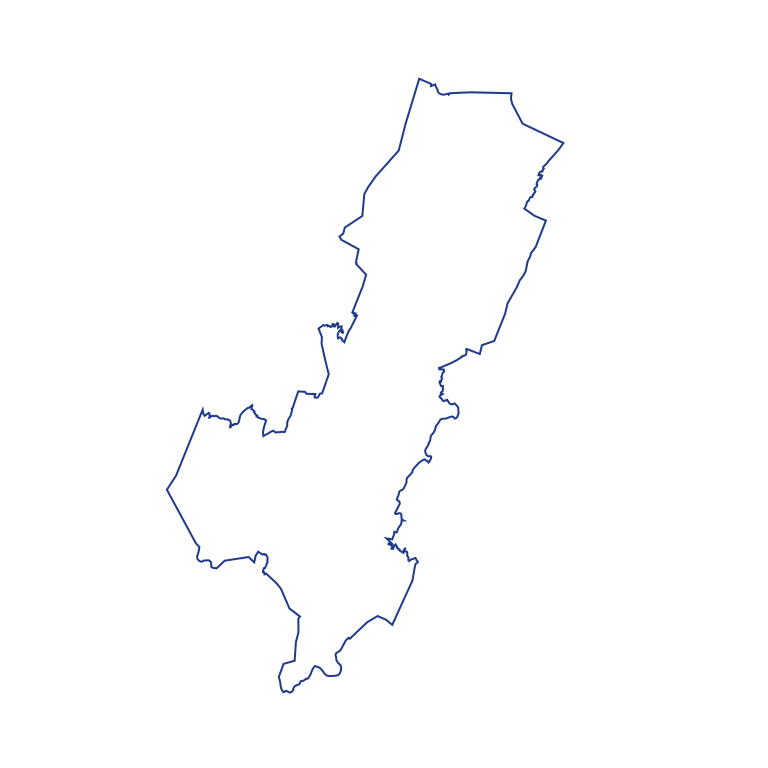 Tamasopo, San Luis Potosí, Mexico, rotated 33°
{"feature_id": "50627088B81601149973315", "entity_name": "Tamasopo", "entity_type": "district", "adm_level": 2, "iso_a3": "MEX", "parent_name": "Mexico", "parent_adm1": "San Luis Potosí", "projection": "equal_earth", "projection_center": [-99.326, 21.931], "detail": "fine", "context": "isolated", "style": "outline", "palette": "blue", "viewbox_px": 768, "rotation_deg": 33, "n_neighbors": 0, "source": "geoboundaries", "source_scale": "gbopen_adm2", "svg_char_len": 6158}
<svg xmlns="http://www.w3.org/2000/svg" viewBox="0 0 768 768"><g transform="rotate(33 384 384)"><path d="M502.8,654.6L504.2,652.8L504.5,651.3L504.0,647.9L502.9,645.8L501.4,644.0L500.2,643.4L497.3,642.9L494.2,641.3L492.5,638.9L491.4,638.3L490.8,637.3L490.5,635.7L492.3,631.8L492.4,629.1L491.6,619.9L492.6,616.0L494.1,616.2L499.6,593.1L505.0,582.1L514.1,580.6L522.1,581.5L514.9,533.3L509.0,519.6L508.5,517.4L509.4,515.2L509.1,514.5L507.4,514.2L506.7,513.5L505.1,512.8L503.1,515.5L502.3,516.1L501.7,518.6L500.7,518.8L498.6,515.9L496.8,515.4L495.7,513.1L494.6,512.2L492.2,513.1L491.7,512.4L491.3,509.6L491.0,512.9L491.9,513.6L492.3,515.0L488.3,515.2L487.5,514.6L487.5,515.0L484.0,514.2L484.2,513.7L481.1,512.2L480.8,514.7L481.3,517.5L479.9,518.0L479.5,515.2L475.0,515.9L474.8,515.2L477.7,513.6L470.2,512.1L475.5,509.9L474.3,504.5L473.1,502.4L475.5,501.6L474.5,497.4L474.6,492.1L473.2,488.9L474.9,487.7L472.5,487.9L469.7,484.1L468.2,483.5L467.0,484.1L465.1,486.5L464.0,486.7L463.5,486.0L462.5,476.2L462.2,475.4L460.9,474.2L457.6,474.0L457.4,473.3L456.9,470.2L455.5,465.7L455.8,464.3L456.8,463.4L457.4,461.0L457.1,457.9L456.4,454.0L455.4,452.7L454.5,450.6L455.8,442.5L455.0,440.4L455.0,438.1L456.3,430.7L457.9,426.8L459.1,425.2L459.6,425.1L461.4,425.4L462.4,424.9L464.1,425.6L464.4,424.3L464.0,420.9L463.1,419.2L462.0,419.3L460.3,420.6L458.3,420.5L457.4,419.6L456.1,419.1L454.8,417.5L454.4,415.3L454.4,412.0L454.0,409.2L453.7,409.2L453.5,406.3L451.8,402.6L451.6,401.0L452.1,398.1L451.8,394.9L450.4,390.8L450.8,387.7L450.7,383.2L451.9,381.4L454.1,379.8L455.4,378.4L458.2,374.6L459.8,373.8L462.1,374.4L462.9,373.7L463.5,371.7L463.0,370.4L462.8,368.4L459.2,363.4L456.8,362.5L453.7,361.9L451.9,364.3L449.5,364.6L446.9,363.4L446.1,363.6L445.6,362.9L443.0,366.1L440.2,365.0L437.7,364.6L437.3,364.1L437.3,363.3L438.7,360.4L437.8,360.5L437.1,361.5L436.6,361.0L436.5,360.0L437.0,357.6L434.5,353.6L433.5,354.5L432.8,354.6L430.5,352.9L429.8,352.7L429.4,351.2L430.6,350.8L429.9,349.5L429.7,347.6L428.2,346.9L428.1,345.4L427.1,342.9L427.7,340.9L426.1,339.3L422.4,341.6L421.4,340.4L422.7,339.1L429.0,329.7L432.3,323.8L434.3,319.5L434.2,318.6L434.7,318.4L434.8,317.7L436.8,315.3L435.9,312.4L435.1,311.2L434.2,310.6L434.2,309.6L448.0,306.7L445.0,298.1L453.0,287.9L447.3,259.1L443.7,249.1L442.7,230.8L441.4,223.2L441.8,216.8L441.4,212.2L437.7,203.0L437.0,196.6L436.0,194.5L436.6,186.6L430.8,158.8L418.5,161.0L406.2,160.5L406.0,157.5L404.9,153.5L404.8,152.5L405.6,151.6L404.9,148.1L405.2,147.5L406.4,146.8L406.6,146.1L406.2,145.1L405.8,144.8L406.2,143.5L405.8,142.8L406.2,141.0L406.0,139.9L404.1,139.2L403.7,137.6L404.6,135.0L404.0,133.3L403.0,133.2L402.1,129.1L403.0,127.4L402.6,127.0L402.6,126.5L403.0,126.1L403.7,126.2L403.8,125.2L403.3,124.5L403.3,123.1L402.8,122.9L401.9,123.4L401.1,123.4L401.2,124.4L399.8,124.8L399.2,121.9L399.4,121.2L400.8,119.9L400.5,119.2L401.0,118.6L400.6,118.3L400.4,117.3L400.7,116.3L399.8,116.0L399.3,115.1L400.6,109.4L400.5,107.9L402.8,92.8L403.2,84.2L358.5,90.2L339.1,79.3L335.1,75.7L332.6,70.7L297.3,92.5L281.0,104.2L280.7,106.1L279.7,105.5L276.6,108.8L274.3,109.9L272.1,110.1L270.3,109.7L269.5,109.2L268.7,107.9L266.1,106.8L263.8,104.9L261.2,108.5L260.2,106.7L247.3,108.8L260.2,153.4L269.2,180.2L263.9,214.7L263.5,227.6L264.0,235.3L274.3,254.9L265.9,274.1L267.9,280.1L266.3,284.6L269.9,286.3L289.4,284.8L294.2,297.3L295.1,297.5L295.2,298.5L309.5,302.1L313.0,313.9L318.5,341.3L319.2,341.3L319.8,340.9L319.9,341.4L321.4,340.6L321.4,341.8L321.8,342.0L322.0,343.0L322.5,342.8L322.6,341.1L324.0,341.1L325.7,356.0L325.4,357.5L326.5,364.0L328.0,370.6L324.6,370.0L324.6,369.3L322.3,368.6L321.6,368.9L320.7,370.7L319.7,369.9L318.0,367.3L317.6,364.1L318.0,363.2L318.6,362.9L321.1,363.8L321.6,363.6L321.5,362.9L319.7,361.4L318.1,363.1L317.9,360.4L317.2,358.8L315.6,359.9L314.9,361.8L312.5,358.1L311.6,358.4L311.4,359.5L311.6,361.8L311.4,362.6L310.6,363.1L309.9,362.9L309.5,361.4L308.8,361.2L308.2,361.9L308.9,363.4L308.6,365.0L308.0,365.3L306.8,365.0L305.4,366.2L304.4,365.2L302.8,367.1L301.5,367.8L301.0,367.7L298.9,373.2L306.3,378.4L309.8,384.3L321.9,396.2L332.4,406.0L337.2,425.6L335.6,426.9L335.8,431.5L333.5,433.0L332.5,432.4L331.9,429.8L324.4,434.4L322.0,433.6L316.1,436.9L320.5,454.1L320.0,454.8L320.9,455.4L322.9,461.3L323.0,465.3L323.6,468.7L325.6,471.8L326.1,475.2L326.8,477.4L326.8,478.6L324.1,479.8L322.9,481.3L321.7,481.7L319.6,483.7L316.5,483.4L314.5,486.8L314.0,488.3L312.6,490.5L311.2,493.4L308.9,490.6L307.0,486.0L304.9,478.7L302.4,478.7L300.9,479.7L297.2,480.6L296.1,480.6L295.5,479.9L294.8,480.6L294.0,479.5L292.7,479.6L291.8,478.8L290.3,478.5L290.2,477.5L287.7,477.0L286.6,477.3L285.6,475.5L285.4,473.9L284.9,473.5L283.8,477.4L282.8,478.3L281.0,483.5L280.5,487.9L281.1,490.7L281.7,491.4L283.0,495.8L282.5,497.7L280.2,499.0L280.2,500.4L279.2,500.8L278.5,504.9L276.9,500.2L274.6,498.4L273.3,498.8L272.3,498.7L269.7,500.3L268.8,500.1L267.1,500.9L266.3,501.7L265.3,502.1L262.8,502.1L262.3,501.8L260.3,502.2L259.0,503.7L258.0,503.8L257.3,504.3L256.5,505.6L256.2,507.1L255.7,507.5L255.2,505.3L254.6,505.2L254.1,504.2L253.5,503.8L252.7,503.7L250.9,508.4L248.7,507.3L245.9,504.3L259.5,574.0L259.5,590.9L313.1,620.1L317.9,621.2L319.9,625.7L321.3,630.7L323.2,632.6L326.5,633.0L328.1,632.2L329.0,630.2L333.0,627.3L335.4,627.4L338.2,630.3L338.8,631.4L340.5,631.4L344.0,629.8L346.6,619.0L364.7,602.8L372.3,604.3L369.9,598.0L369.8,593.2L374.8,593.2L375.4,593.0L375.6,592.3L376.3,591.7L377.2,592.1L378.2,591.3L378.5,591.5L381.1,593.2L382.4,595.9L383.1,596.2L384.4,602.9L384.4,603.3L383.6,603.9L383.7,604.5L384.3,606.5L384.8,606.9L385.0,607.7L385.9,607.2L387.4,608.7L388.2,607.2L401.8,609.5L409.2,611.9L427.0,623.8L440.2,624.8L440.1,627.7L447.6,639.0L450.6,648.2L459.8,664.8L452.2,673.4L455.3,686.8L459.8,691.1L460.2,691.8L463.9,695.6L467.4,697.3L468.1,696.6L468.6,695.0L469.0,694.6L473.0,694.2L474.2,692.6L474.6,690.4L474.0,689.4L473.6,687.4L474.0,685.4L476.3,682.2L476.5,680.5L476.2,679.9L476.1,678.5L477.7,677.3L478.6,675.5L479.1,673.7L480.2,673.0L480.7,671.8L480.6,668.1L479.4,661.8L479.6,658.5L480.0,658.0L483.8,657.1L485.3,657.1L488.9,658.0L492.1,659.4L495.0,659.7L498.3,658.1L502.8,654.6Z" fill="none" stroke="#1e3a8a" stroke-width="2"/></g></svg>